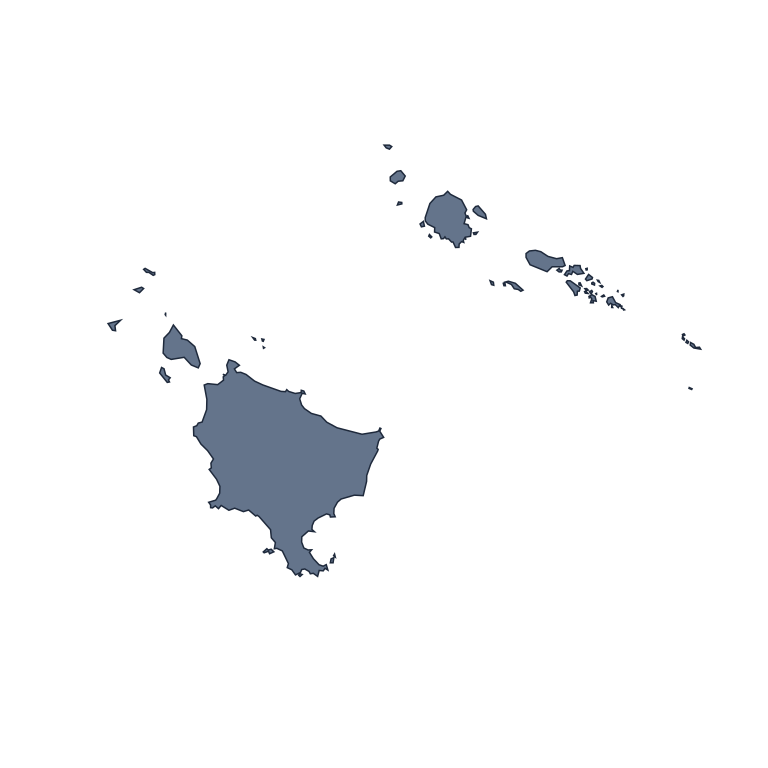 the district of Ko Samui, Surat Thani, Thailand, rotated 120°
{"feature_id": "78962969B93430934816346", "entity_name": "Ko Samui", "entity_type": "district", "adm_level": 2, "iso_a3": "THA", "parent_name": "Thailand", "parent_adm1": "Surat Thani", "projection": "robinson", "projection_center": [99.825, 9.553], "detail": "fine", "context": "isolated", "style": "filled", "palette": "slate", "viewbox_px": 768, "rotation_deg": 120, "n_neighbors": 0, "source": "geoboundaries", "source_scale": "gbopen_adm2", "svg_char_len": 6225}
<svg xmlns="http://www.w3.org/2000/svg" viewBox="0 0 768 768"><g transform="rotate(120 384 384)"><path d="M573.2,339.6L569.3,343.7L572.2,345.6L573.0,349.9L570.6,357.8L567.1,364.4L563.8,363.8L565.7,366.8L566.1,371.4L562.1,376.3L557.4,378.8L549.1,376.0L546.7,370.4L546.0,373.7L542.4,375.4L537.7,376.0L533.1,374.1L525.2,368.8L524.4,365.5L526.0,363.9L523.4,359.9L521.3,362.7L516.6,365.1L509.6,365.2L505.0,363.6L495.1,354.1L491.1,346.2L477.0,350.4L471.9,353.2L460.0,355.5L445.1,356.0L443.5,356.4L443.2,358.1L436.2,360.1L433.8,360.1L430.4,357.6L427.0,364.1L424.1,364.4L424.2,365.5L427.4,365.1L429.5,366.9L438.5,377.9L445.4,402.8L445.7,414.5L443.3,422.6L445.8,432.2L445.1,440.6L443.4,444.8L439.0,449.6L433.0,450.2L432.0,447.3L430.2,449.9L430.8,452.5L432.9,451.5L436.6,456.2L438.1,462.8L437.5,465.4L439.9,465.5L441.9,469.5L445.4,488.5L446.2,497.5L444.7,508.2L445.5,513.9L447.8,517.3L445.7,521.1L440.1,518.6L439.3,524.0L440.5,530.4L446.3,529.6L451.4,525.1L455.6,525.5L456.1,528.4L456.2,526.1L458.2,526.8L460.9,524.9L467.7,527.7L471.8,536.8L474.8,539.2L485.9,529.7L494.9,524.8L507.9,522.5L510.7,525.3L513.7,525.3L516.5,527.5L523.9,522.9L523.4,520.1L527.6,512.4L529.9,503.5L534.2,494.2L539.1,494.3L543.0,491.6L545.4,492.7L550.2,481.4L554.7,474.9L560.7,471.7L566.8,471.5L568.8,471.7L574.1,476.7L575.4,473.8L577.8,472.3L577.0,470.5L573.9,469.2L574.7,465.0L570.6,464.3L570.9,455.2L566.2,451.2L564.8,441.9L560.8,438.2L562.5,429.1L561.1,428.2L561.2,426.1L566.9,409.4L573.5,404.7L575.6,398.8L581.5,396.6L579.9,394.6L579.4,388.6L587.3,377.0L591.4,376.0L591.0,370.9L593.6,365.2L589.0,362.1L585.8,362.5L583.8,360.1L583.8,355.2L585.2,352.9L583.3,350.6L583.8,345.3L577.9,346.9L576.2,343.2L573.1,342.9L573.2,339.6ZM212.8,382.9L205.9,385.9L206.0,388.4L204.0,390.9L205.1,394.8L197.6,396.7L195.4,399.4L191.8,399.5L185.9,408.8L186.5,421.3L185.3,425.2L190.7,426.7L196.0,432.6L204.7,434.5L219.3,431.5L222.1,429.8L223.7,426.0L223.2,418.3L227.1,416.2L226.1,411.4L229.7,407.0L228.3,405.1L226.1,404.8L227.2,402.6L226.0,400.7L227.3,396.5L226.5,395.2L230.0,390.3L228.2,387.4L225.2,388.9L221.9,388.0L221.5,385.7L220.0,387.2L216.3,387.1L212.8,382.9ZM462.9,552.9L458.3,553.4L446.2,566.6L444.3,576.3L446.0,582.1L443.3,583.2L438.2,595.9L446.6,595.6L454.3,597.5L467.7,590.7L469.6,585.3L469.1,580.6L460.8,570.4L463.9,560.4L462.9,552.9ZM193.2,288.0L190.8,286.4L185.4,292.7L189.2,297.2L191.5,305.8L191.0,314.3L192.5,319.7L196.1,324.6L200.0,326.2L203.3,324.3L207.7,317.1L205.2,298.9L198.4,297.0L193.2,288.0ZM201.6,482.1L204.9,480.1L205.0,474.4L201.3,473.1L198.6,469.3L193.3,469.6L190.9,476.1L193.3,479.1L201.6,482.1ZM192.0,276.8L192.4,271.3L188.2,266.2L185.6,271.6L183.4,273.4L186.2,278.6L188.5,278.6L188.9,282.2L193.1,280.1L194.6,282.1L199.1,282.4L199.0,279.5L196.2,279.4L195.4,276.4L192.0,276.8ZM211.9,262.9L210.4,261.2L207.0,262.9L205.9,261.3L202.7,262.1L201.5,274.3L202.9,276.9L204.7,277.1L209.4,265.8L211.9,262.9ZM188.3,394.1L189.7,393.0L190.9,386.8L189.7,377.9L186.3,381.0L182.7,391.5L184.5,393.4L188.3,394.1ZM491.0,572.5L489.5,570.8L488.2,572.7L485.5,572.3L485.4,577.6L480.8,582.1L480.9,584.9L486.6,583.8L491.0,572.5ZM200.7,219.3L197.2,219.3L197.7,224.1L194.2,229.8L197.3,232.9L201.5,232.2L203.3,228.9L200.8,228.1L200.9,225.1L199.6,223.4L200.7,219.3ZM473.2,646.1L472.1,643.1L468.0,646.2L460.5,644.0L469.6,653.2L473.2,646.1ZM234.8,329.7L234.1,323.4L236.4,318.8L235.0,315.0L235.3,311.9L233.2,310.5L231.1,320.6L232.8,327.7L234.8,329.7ZM207.3,244.7L206.2,241.6L202.6,245.0L202.7,248.7L205.7,250.3L206.8,249.3L205.5,248.5L206.4,246.6L210.4,245.8L209.0,243.3L207.3,244.7ZM427.3,647.6L427.2,641.4L421.5,639.9L421.4,642.3L427.3,647.6ZM192.4,262.0L193.1,260.0L189.0,256.3L187.5,256.7L186.8,261.6L192.4,262.0ZM588.2,398.2L584.4,395.5L583.5,399.1L585.7,401.3L585.2,403.1L589.8,404.6L590.1,403.4L586.6,400.4L588.2,398.2ZM404.9,649.5L406.1,645.6L404.9,643.4L405.3,638.2L403.9,637.2L402.0,638.4L403.2,640.0L403.3,648.7L404.9,649.5ZM197.9,133.7L195.5,127.2L194.4,129.2L196.6,132.4L194.7,135.5L194.8,139.2L197.2,138.3L197.9,133.7ZM177.9,496.7L174.5,496.0L174.4,498.6L177.1,503.3L178.4,500.1L177.9,496.7ZM227.4,432.8L229.2,430.2L227.1,427.9L223.5,431.2L227.4,432.8ZM564.3,338.7L559.5,340.6L561.9,342.4L565.7,341.1L564.3,338.7ZM241.5,343.8L244.2,340.6L243.6,338.3L241.1,340.2L241.5,343.8ZM198.3,286.5L196.4,286.7L197.2,288.3L196.4,290.1L199.0,291.2L199.4,288.5L198.3,286.5ZM222.3,461.9L219.1,458.6L217.9,459.4L219.1,462.4L222.3,461.9ZM208.4,382.2L209.5,380.8L208.5,379.2L205.7,378.9L208.4,382.2ZM202.4,249.6L199.7,249.7L199.1,250.9L201.4,252.1L202.4,249.6ZM234.1,416.6L232.7,416.2L231.8,419.4L233.6,419.2L234.1,416.6ZM199.1,265.7L200.6,264.8L200.3,261.9L198.3,264.8L199.1,265.7ZM193.1,251.2L191.5,251.9L191.3,253.9L192.6,254.6L193.5,254.1L193.1,251.2ZM197.0,141.2L195.2,141.3L194.7,143.6L197.0,143.3L197.0,141.2ZM238.9,329.3L238.2,328.0L235.7,330.1L237.1,331.1L238.9,329.3ZM592.7,360.5L589.9,359.6L590.4,362.1L592.3,362.2L592.7,360.5ZM201.0,257.7L201.9,255.6L200.6,254.1L200.0,256.2L201.0,257.7ZM203.7,256.5L204.7,255.1L203.6,252.6L202.7,255.8L203.7,256.5ZM196.0,146.1L194.6,146.3L193.8,149.1L195.6,148.4L196.0,146.1ZM409.4,520.9L410.7,518.0L410.2,517.0L409.0,518.1L409.4,520.9ZM188.7,220.8L187.8,220.5L186.2,221.3L188.0,222.8L188.7,220.8ZM197.4,396.5L198.4,395.0L198.0,393.3L196.4,395.6L197.4,396.5ZM197.7,236.8L197.0,238.2L199.4,239.5L199.5,238.6L197.7,236.8ZM406.1,512.3L407.6,510.8L407.4,509.9L405.4,510.2L406.1,512.3ZM235.3,117.7L234.9,114.8L234.1,114.8L234.4,117.9L235.3,117.7ZM191.9,150.3L192.9,149.0L191.1,147.9L190.5,149.3L191.9,150.3ZM556.0,341.8L557.9,341.8L558.2,339.7L556.0,341.8ZM191.1,246.0L191.3,243.5L190.1,243.1L189.7,244.7L191.1,246.0ZM187.4,251.1L188.2,249.8L188.2,248.0L186.9,249.8L187.4,251.1ZM183.2,266.9L184.2,265.9L183.5,265.1L182.2,265.9L183.2,266.9ZM198.7,218.8L197.5,216.2L198.0,218.9L198.7,218.8ZM187.1,227.5L185.5,228.4L187.2,228.1L187.1,227.5ZM199.1,215.4L200.1,213.4L199.5,212.8L199.1,215.4ZM412.2,507.1L413.3,506.2L412.3,505.6L412.2,507.1ZM199.8,245.8L200.6,244.3L199.2,245.3L199.8,245.8ZM431.3,608.8L433.3,608.2L433.6,607.5L431.3,608.8ZM202.3,225.9L203.9,225.1L203.4,224.2L202.3,225.9ZM199.0,216.8L200.2,215.7L198.8,216.5L199.0,216.8ZM216.6,387.0L217.8,385.8L217.9,385.1L216.6,387.0Z" fill="#64748b" stroke="#1e293b" stroke-width="1.5"/></g></svg>